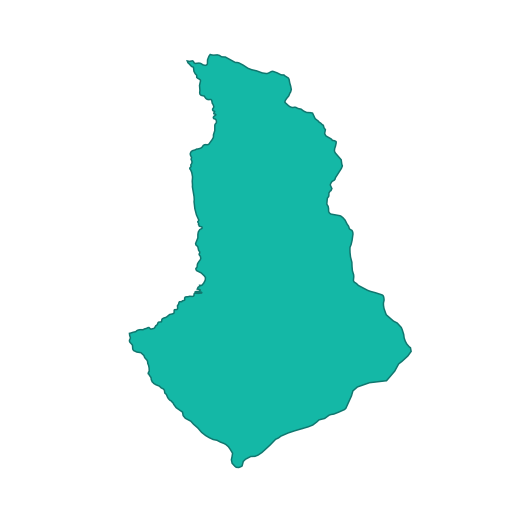 outline of San Pablo, Nariño, Colombia, rotated 81°
{"feature_id": "7082276B83182105185370", "entity_name": "San Pablo", "entity_type": "district", "adm_level": 2, "iso_a3": "COL", "parent_name": "Colombia", "parent_adm1": "Nariño", "projection": "robinson", "projection_center": [-77.0, 1.679], "detail": "fine", "context": "isolated", "style": "filled", "palette": "teal", "viewbox_px": 512, "rotation_deg": 81, "n_neighbors": 0, "source": "geoboundaries", "source_scale": "gbopen_adm2", "svg_char_len": 6091}
<svg xmlns="http://www.w3.org/2000/svg" viewBox="0 0 512 512"><g transform="rotate(81 256 256)"><path d="M155.1,159.4L154.2,160.9L153.8,162.5L152.8,162.9L152.0,163.6L148.4,168.1L146.7,168.8L145.6,169.0L142.1,167.7L140.0,168.8L137.8,169.0L137.0,169.4L136.8,169.9L134.8,171.4L133.7,172.7L132.6,173.3L129.6,176.1L123.7,177.8L122.9,179.9L122.2,183.4L121.6,184.4L120.1,186.5L118.0,188.5L116.9,191.4L115.5,193.3L115.1,194.3L115.1,196.5L114.7,197.7L113.8,199.2L112.5,200.5L108.8,203.4L108.3,203.4L106.7,202.5L105.1,201.0L103.0,198.6L100.5,197.1L99.5,196.2L97.1,195.1L93.6,195.2L90.4,195.6L86.8,195.7L85.3,196.2L82.4,199.5L81.6,200.0L81.1,202.5L80.5,203.6L78.4,206.5L76.4,210.1L76.1,211.1L76.4,212.5L77.2,214.7L77.5,216.2L77.5,216.9L76.2,221.1L73.2,226.5L71.3,231.2L69.4,234.5L65.3,239.0L62.6,242.7L62.0,244.1L61.6,246.2L54.7,255.1L54.0,258.4L53.6,259.2L52.2,260.7L51.3,262.7L51.0,266.5L50.4,268.5L49.8,269.7L51.3,271.2L53.8,272.7L54.7,273.2L58.4,273.9L59.0,274.2L59.5,274.8L59.8,275.6L59.7,276.6L58.9,278.5L57.6,279.9L56.9,281.0L56.5,282.4L56.3,286.0L55.4,287.0L54.0,287.4L53.3,288.2L53.4,291.3L52.6,293.4L54.5,293.0L55.7,292.0L58.3,290.3L59.1,289.5L59.4,288.7L59.9,288.3L63.9,288.4L66.5,287.5L68.2,286.3L70.3,286.6L71.3,285.8L72.4,284.4L73.4,283.4L74.4,283.4L78.7,285.1L83.7,285.5L86.0,286.1L87.5,286.0L88.7,285.1L89.9,282.2L92.5,280.9L93.6,279.8L94.1,278.6L94.3,276.3L94.5,275.9L95.4,275.4L98.4,275.3L99.6,274.7L101.9,274.3L102.8,274.7L104.1,275.9L105.1,276.0L106.0,275.5L106.6,274.3L106.8,274.2L108.1,275.2L108.8,275.4L109.1,275.2L109.6,273.9L110.2,273.6L110.7,274.0L111.3,275.5L112.1,276.3L112.5,276.5L113.3,276.4L113.9,276.0L114.3,275.0L114.8,274.4L115.7,274.1L116.8,274.0L118.2,274.3L119.4,275.7L120.3,276.2L125.7,277.1L129.7,279.1L131.7,279.4L132.4,279.7L134.3,281.2L138.0,284.9L138.4,285.5L138.5,286.9L138.1,288.2L138.1,289.6L138.5,290.7L140.3,292.5L140.9,294.0L141.2,296.6L141.1,297.9L141.7,299.6L142.0,302.1L142.5,303.3L143.3,304.2L144.9,305.0L146.5,304.9L148.6,304.2L150.3,305.0L152.3,304.5L153.4,304.5L154.8,305.2L155.9,306.2L157.5,306.1L158.5,307.4L159.1,307.7L159.6,307.7L160.9,307.0L163.6,306.4L167.5,306.3L168.9,306.5L172.2,307.3L175.8,307.6L177.7,308.0L187.8,307.9L190.8,308.2L192.7,308.7L199.6,309.0L206.0,308.4L211.5,306.9L212.2,307.1L212.9,308.1L213.6,308.1L214.9,307.5L216.1,307.9L217.1,307.3L217.8,307.3L218.6,305.2L218.9,304.9L219.7,304.8L220.1,304.9L220.3,305.2L221.2,307.5L223.2,309.2L225.5,310.0L229.0,310.6L234.2,313.7L235.7,313.6L237.3,312.3L238.0,312.0L241.4,311.8L243.0,311.0L244.2,311.1L245.2,311.9L245.6,311.9L246.4,311.7L247.5,311.0L249.7,310.9L251.0,311.6L252.4,313.1L254.3,314.8L255.6,315.4L257.4,315.8L258.4,316.5L258.8,317.3L259.8,317.4L261.1,317.0L264.2,312.7L267.5,310.2L269.4,309.3L271.9,309.9L274.5,311.8L275.9,313.4L276.5,314.2L276.2,315.9L276.7,315.7L276.9,316.7L277.7,317.5L277.8,318.1L279.5,319.2L280.2,317.2L280.6,316.5L281.0,316.4L281.5,317.0L282.0,318.0L281.7,320.9L282.1,321.8L282.4,321.7L282.8,320.5L282.8,317.3L283.0,315.9L283.6,315.3L284.1,315.6L283.9,318.9L283.2,322.2L283.3,322.6L283.8,323.1L285.2,323.4L285.9,324.0L286.0,325.2L285.4,327.8L285.6,329.6L285.4,331.2L285.5,332.3L286.4,333.1L288.1,333.2L288.5,333.6L288.8,335.8L289.5,336.5L289.5,336.9L289.2,338.5L289.3,338.9L290.5,339.7L291.2,339.8L292.9,341.4L295.1,341.5L296.1,341.9L296.5,342.6L296.3,344.8L296.7,345.3L299.0,345.7L299.7,346.2L300.1,347.5L300.3,350.5L302.3,353.9L302.6,354.9L302.8,356.7L303.4,358.4L304.2,359.0L306.0,359.6L306.2,359.9L306.1,362.6L306.4,363.1L308.4,364.3L309.3,366.0L311.2,367.5L311.5,368.1L311.8,371.1L311.6,371.6L309.9,372.9L309.8,373.7L310.4,375.7L310.6,377.8L311.0,378.6L311.1,379.2L310.6,382.2L310.7,384.1L311.1,385.4L311.9,386.6L312.1,389.4L312.5,391.8L312.6,393.1L315.0,393.2L316.2,392.9L317.3,392.9L317.7,393.0L319.3,394.1L320.2,394.3L321.3,394.1L324.1,392.3L324.9,392.0L328.6,392.3L330.2,391.7L332.2,388.8L333.5,384.8L336.7,382.3L338.6,381.9L339.7,381.4L341.8,380.0L343.2,379.6L345.2,379.7L347.3,379.2L349.9,379.1L353.2,379.5L354.0,380.4L355.3,380.9L355.6,380.8L356.2,380.0L357.1,380.0L359.7,378.7L361.9,378.8L362.9,378.4L363.9,378.3L365.0,377.4L365.8,377.0L367.5,375.0L369.4,371.8L371.4,370.3L372.9,368.2L374.3,367.5L377.1,367.5L378.7,366.2L381.9,365.4L383.4,364.7L385.1,363.5L386.1,362.2L386.9,361.9L388.0,361.0L389.8,360.4L393.3,358.6L398.7,353.0L402.3,352.9L405.2,351.2L409.0,346.2L412.4,344.0L416.7,340.4L421.7,337.3L425.4,333.9L428.2,330.5L430.5,327.1L431.9,323.4L434.2,320.3L436.2,316.9L437.4,315.3L440.0,313.1L442.9,311.7L447.1,310.0L450.3,311.0L453.4,312.2L457.0,312.0L460.3,309.8L461.6,308.6L462.2,306.2L461.8,304.1L461.2,302.6L456.9,300.7L455.1,298.2L453.2,292.6L453.7,288.4L453.0,285.2L451.0,280.9L445.0,271.8L440.1,265.3L439.2,262.2L437.8,259.6L435.8,251.9L434.7,245.2L432.9,231.2L431.8,226.3L429.4,221.9L427.7,219.4L427.2,213.6L424.6,208.6L424.3,206.7L424.3,203.9L423.2,198.9L421.5,192.6L420.5,191.1L409.1,183.6L404.4,181.4L401.2,176.3L398.9,163.7L399.6,146.6L391.4,137.0L384.9,132.0L383.0,128.5L378.5,121.7L374.5,117.7L370.7,117.8L369.8,118.8L366.6,120.8L363.5,121.9L360.1,122.5L356.5,122.4L351.7,123.1L349.3,123.7L344.3,127.0L341.8,130.4L334.5,136.5L332.3,137.0L327.7,137.8L324.6,137.8L322.4,137.5L319.6,136.4L318.2,136.3L316.4,136.3L315.0,136.7L314.4,137.2L313.8,138.2L310.9,143.9L308.9,148.4L307.4,151.1L301.1,159.5L298.9,161.1L297.2,163.0L296.2,163.5L295.3,163.6L291.9,162.7L289.9,162.5L285.6,163.1L281.4,162.8L277.2,162.3L271.8,162.8L267.3,162.6L264.1,162.2L262.1,161.8L259.6,160.3L255.7,158.7L249.5,156.8L247.6,156.7L245.8,157.2L244.2,159.1L243.7,159.5L241.1,159.9L238.6,161.1L234.5,162.4L231.7,164.2L229.8,166.0L229.3,166.9L226.3,175.5L225.1,176.7L223.5,177.3L220.3,176.9L218.2,177.0L216.1,177.9L215.6,177.9L210.4,176.6L209.7,176.2L208.7,175.0L207.7,174.6L205.1,174.1L203.9,173.0L203.4,172.5L203.1,171.6L202.3,171.3L201.4,170.5L197.7,171.5L197.0,171.4L196.0,170.8L194.3,169.3L193.3,166.8L192.6,166.0L191.1,165.3L182.9,158.0L180.7,156.7L180.1,156.6L179.1,156.9L174.3,156.8L166.7,161.5L165.7,161.9L164.4,162.1L162.2,161.5L159.9,160.3L156.8,159.1L155.6,159.0L155.1,159.4Z" fill="#14b8a6" stroke="#0f766e" stroke-width="1.5"/></g></svg>